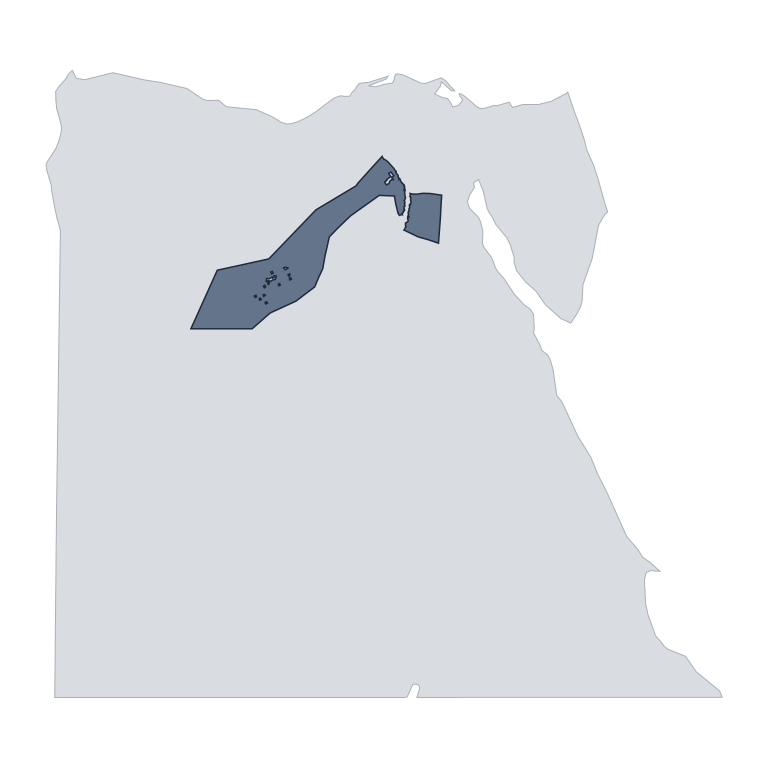 location of Zemam Out, Al Jizah, Egypt
{"feature_id": "37247803B81980397210132", "entity_name": "Zemam Out", "entity_type": "district", "adm_level": 2, "iso_a3": "EGY", "parent_name": "Egypt", "parent_adm1": "Al Jizah", "projection": "robinson", "projection_center": [30.957, 29.003], "detail": "fine", "context": "in_parent", "style": "filled", "palette": "slate", "viewbox_px": 768, "rotation_deg": 0, "n_neighbors": 0, "source": "geoboundaries", "source_scale": "gbopen_adm2", "svg_char_len": 8403}
<svg xmlns="http://www.w3.org/2000/svg" viewBox="0 0 768 768"><path d="M721.9,697.4L703.5,697.4L685.1,697.4L666.7,697.4L648.3,697.4L629.9,697.4L611.5,697.4L593.1,697.4L574.6,697.4L556.2,697.4L537.8,697.4L519.4,697.4L501.0,697.4L482.6,697.4L464.2,697.4L445.8,697.5L427.4,697.5L416.9,697.5L418.7,691.7L419.8,687.6L418.5,684.8L414.9,684.0L412.6,684.9L407.1,697.0L404.2,697.5L397.7,697.5L376.3,697.5L354.8,697.5L333.4,697.5L311.9,697.5L290.5,697.5L269.1,697.5L247.6,697.5L226.2,697.5L204.8,697.5L183.3,697.5L161.9,697.5L140.5,697.5L119.0,697.5L97.6,697.5L76.2,697.5L54.7,697.5L54.9,682.9L55.0,668.3L55.2,653.7L55.3,639.2L55.4,624.6L55.6,610.0L55.7,595.4L55.9,580.8L56.0,566.3L56.1,551.7L56.3,537.1L56.4,522.5L56.6,508.0L56.8,493.4L57.0,478.8L57.2,464.2L57.4,449.7L57.6,435.1L57.8,420.5L58.0,405.9L58.2,391.4L58.4,376.8L58.6,362.2L58.8,347.6L59.0,333.0L59.2,318.5L59.4,303.9L59.6,289.3L59.8,274.7L60.0,260.2L60.2,245.6L60.4,231.0L59.9,228.3L57.0,218.4L54.4,205.8L51.6,190.3L51.3,185.3L46.5,169.4L46.1,164.9L47.4,161.6L56.0,148.2L58.6,141.7L60.9,133.9L61.7,127.5L59.4,117.8L56.7,109.0L55.9,100.1L55.7,91.3L60.0,85.2L65.2,79.6L67.2,76.2L70.2,72.3L72.4,70.5L76.3,78.3L84.9,79.7L113.0,72.7L143.7,79.8L160.7,82.5L186.9,88.5L202.8,99.2L207.2,100.5L218.7,100.3L226.2,106.7L256.2,109.7L272.1,116.7L281.2,122.3L286.6,124.0L291.5,123.7L298.0,121.6L306.2,117.7L315.2,112.2L333.8,98.2L340.3,95.8L344.6,96.4L349.8,96.2L352.0,92.4L354.8,89.8L356.5,86.9L359.3,83.3L368.9,82.3L388.2,76.2L386.1,79.1L368.5,85.9L376.0,86.8L383.7,84.4L392.5,83.0L394.1,80.0L395.3,74.6L397.0,73.8L403.0,74.9L421.1,83.2L425.6,83.4L438.4,78.8L441.1,77.8L445.2,80.4L454.7,90.9L451.4,90.6L441.3,81.7L440.4,86.1L434.7,94.0L441.9,97.4L447.7,98.7L450.8,103.1L452.8,107.0L458.6,105.3L462.7,100.0L460.5,97.0L459.1,93.9L460.9,93.8L465.0,96.4L476.5,106.5L480.3,108.5L484.8,108.2L494.1,105.4L496.7,105.8L509.2,102.1L510.7,104.8L512.7,107.5L522.8,104.5L538.6,104.5L551.5,101.2L566.4,93.3L567.6,92.1L568.4,94.0L570.3,99.5L575.0,113.3L579.1,124.2L584.1,139.2L585.7,145.0L586.4,149.0L593.7,165.5L598.1,179.1L601.2,190.1L605.7,206.2L607.7,211.8L604.6,214.8L598.5,225.2L592.2,258.5L583.0,284.5L582.1,300.8L580.6,306.7L576.2,314.9L570.8,323.0L561.1,318.8L545.2,304.6L535.9,291.1L526.0,282.4L516.7,270.9L514.1,262.6L514.2,257.2L510.0,244.2L507.0,238.1L495.6,224.2L492.3,216.9L489.8,213.6L487.3,208.9L483.2,191.0L478.6,179.6L473.5,182.7L474.5,187.5L470.0,194.2L467.4,201.9L469.5,208.2L478.7,217.7L480.6,221.9L482.8,231.0L482.5,243.3L484.0,247.5L491.0,256.7L493.5,262.1L495.0,266.8L497.3,271.0L504.3,279.0L514.3,294.2L523.7,304.4L530.5,309.4L533.5,314.3L534.2,327.1L533.7,333.2L539.8,344.7L542.0,350.5L547.8,355.2L550.5,360.6L553.0,369.4L556.8,395.4L561.9,401.8L577.7,436.0L591.0,457.6L597.5,473.7L607.4,493.4L626.7,536.5L638.1,549.8L642.7,557.3L651.0,563.1L659.9,571.4L651.4,570.6L649.3,571.1L646.3,572.5L644.9,577.6L644.4,581.7L645.6,603.6L648.0,614.7L655.6,635.8L661.2,642.1L664.0,646.2L667.8,649.2L685.6,656.4L696.1,671.6L719.5,690.9L721.9,696.2L721.9,697.4Z" fill="#d9dde1" stroke="#a8b0b8" stroke-width="1"/><path d="M399.3,178.3L398.7,177.9L398.3,177.0L398.2,176.4L398.1,175.3L397.8,175.0L397.5,174.6L397.0,173.9L396.8,173.8L396.5,173.7L396.3,173.5L395.9,173.0L395.9,172.6L396.0,172.4L396.1,172.2L396.3,171.9L396.3,171.6L396.2,171.4L396.0,171.2L395.6,171.0L395.5,170.8L395.1,170.4L394.8,170.0L394.0,168.6L393.7,168.2L393.0,167.5L392.0,166.4L391.2,165.4L390.8,165.1L390.4,164.6L390.1,164.3L389.1,163.1L388.1,162.0L387.2,161.2L385.9,160.2L384.4,159.4L383.9,159.1L383.5,158.7L382.8,157.9L382.7,157.7L382.2,156.4L376.0,163.1L370.7,168.9L357.7,183.4L356.0,185.9L316.0,209.8L268.8,258.9L217.3,270.2L190.9,328.8L252.1,328.8L270.1,313.0L296.0,301.1L314.7,286.9L318.4,278.1L322.8,268.5L324.8,257.1L329.3,236.9L337.9,228.0L350.6,215.8L379.2,195.4L394.4,196.0L395.7,203.6L398.0,213.2L399.4,215.4L400.1,215.1L401.3,214.8L402.3,214.8L402.1,214.5L402.0,214.4L402.2,213.9L402.1,213.7L402.5,213.6L402.6,213.2L402.8,212.9L402.8,212.7L402.9,212.3L403.1,212.4L403.1,212.5L403.3,212.2L403.5,211.8L403.7,211.4L403.6,211.2L403.8,210.7L403.9,210.8L404.3,210.7L404.6,210.3L404.7,210.1L404.6,209.7L404.4,209.7L404.2,209.7L404.3,209.5L404.4,209.2L404.0,208.9L403.9,208.6L404.1,208.2L404.1,207.9L404.0,207.5L404.0,207.4L404.1,207.0L404.3,206.7L404.2,206.4L404.4,206.3L404.7,206.4L404.9,206.2L404.9,205.8L404.8,205.7L404.7,205.7L404.8,205.5L404.9,205.2L404.8,204.9L404.7,204.4L404.7,203.4L404.8,203.0L404.7,203.0L404.9,202.8L404.8,202.5L404.8,202.3L404.8,202.2L404.7,201.7L404.8,201.8L404.6,201.2L404.5,200.8L404.2,200.8L404.1,200.6L404.3,200.4L404.5,200.4L404.7,200.1L404.9,199.6L405.1,198.7L405.5,197.4L405.3,197.2L405.2,196.6L405.1,196.2L404.8,194.8L404.9,194.3L404.9,194.1L404.8,193.6L404.8,193.4L404.8,193.1L404.7,192.8L404.7,192.6L404.7,192.2L404.9,191.3L405.0,191.1L405.0,190.8L405.0,190.7L404.8,190.3L404.2,190.2L404.1,190.3L403.8,190.3L403.7,190.2L403.9,189.9L404.8,189.7L405.0,189.7L404.9,189.4L404.9,189.1L404.9,188.9L404.7,188.7L404.7,188.3L404.6,188.1L404.2,188.1L404.1,187.9L404.2,187.6L404.3,187.1L404.6,186.9L404.7,186.6L404.5,186.4L404.2,186.2L404.0,185.6L404.2,185.3L404.1,185.0L403.9,184.6L403.7,184.5L403.4,184.5L403.1,184.1L402.9,183.7L402.4,183.4L402.3,183.2L402.1,183.2L402.0,182.9L401.7,182.4L401.5,182.2L401.4,181.9L400.7,181.2L400.6,180.9L400.3,180.4L400.2,180.2L400.3,180.0L400.3,179.7L400.2,179.5L400.1,179.3L400.1,179.1L399.8,178.9L399.7,179.0L399.5,178.8L399.1,179.1L399.2,178.8L399.1,178.6L399.3,178.4L399.3,178.3ZM389.9,181.1L389.7,181.4L389.0,183.3L388.9,183.5L388.7,183.6L387.2,184.5L386.4,184.8L384.6,182.2L386.4,180.8L386.7,180.6L386.8,180.5L386.4,180.0L386.4,179.9L390.9,176.5L388.8,173.6L388.7,173.5L388.8,173.2L389.1,173.1L389.3,173.1L390.4,172.2L390.8,172.1L391.0,172.1L393.5,175.6L393.7,175.9L393.8,175.9L393.8,176.0L392.1,177.3L391.6,177.3L392.8,179.2L392.8,179.4L393.0,179.4L393.3,179.4L393.2,179.8L392.2,179.5L391.9,179.5L390.8,180.3L389.9,181.1ZM275.7,278.1L275.4,279.4L272.2,280.1L270.2,281.5L268.8,280.5L266.2,281.4L266.7,278.6L269.4,278.8L272.2,277.1L272.7,278.2L274.2,277.5L274.1,275.7L276.2,276.0L275.7,278.1ZM286.6,269.0L285.1,269.7L283.6,267.8L285.4,267.2L287.8,267.8L288.1,268.1L286.6,269.0ZM273.2,273.1L271.6,273.9L270.8,272.1L272.3,271.4L273.2,273.1ZM265.7,286.9L264.4,287.8L263.4,286.1L264.8,285.3L265.7,286.9ZM267.6,303.0L265.8,304.0L265.0,302.5L266.6,301.8L267.6,303.0ZM291.4,279.2L289.9,280.0L289.3,278.3L290.8,277.7L291.4,279.2ZM256.6,296.7L255.2,297.4L254.4,296.0L256.0,295.2L256.6,296.7ZM280.4,285.1L278.9,285.8L278.3,284.2L279.7,283.6L280.4,285.1ZM261.3,299.5L259.7,300.3L259.2,298.8L260.7,298.2L261.3,299.5ZM289.9,275.4L288.9,276.2L288.0,274.7L289.6,273.8L289.9,275.4ZM265.3,295.3L263.7,296.4L263.2,294.8L264.1,294.4L265.3,295.3ZM269.1,282.6L268.0,283.0L267.7,282.1L268.7,281.7L269.1,282.6ZM269.0,284.0L268.6,284.5L268.1,284.4L267.9,283.9L268.6,283.6L269.0,284.0ZM441.7,195.2L430.1,193.5L422.9,193.3L416.5,194.2L412.0,194.0L410.1,193.5L410.2,193.8L410.2,194.1L410.3,194.7L410.2,195.4L410.1,196.1L410.0,196.3L409.9,196.4L409.9,196.6L410.2,196.9L410.3,196.9L410.4,197.1L410.5,197.2L410.8,197.7L410.7,198.2L410.7,199.3L410.7,199.5L410.6,200.2L410.6,200.5L410.9,201.2L410.9,201.4L411.0,201.9L411.0,202.4L410.9,203.0L410.7,203.4L410.5,203.6L410.5,203.8L410.2,204.1L410.6,204.2L410.6,204.5L410.3,204.9L410.0,205.2L409.4,205.0L409.4,204.9L409.3,205.0L409.5,206.1L409.7,206.7L409.6,207.1L409.3,208.1L409.2,208.5L408.9,208.8L409.0,209.1L409.2,209.7L409.3,209.9L409.3,210.0L409.1,210.5L408.9,210.5L408.5,211.2L408.7,211.4L408.4,211.9L408.4,212.1L408.2,212.4L408.3,212.6L408.2,212.9L408.2,213.5L408.2,213.9L408.5,214.3L408.6,214.6L408.5,214.9L408.3,215.3L408.2,215.6L407.8,216.1L407.7,216.3L407.8,216.5L407.9,216.4L408.1,216.4L408.2,216.5L408.3,216.5L408.8,216.6L409.0,216.7L409.0,216.9L409.0,217.1L408.8,217.2L408.5,217.3L408.2,217.3L407.9,217.3L407.7,217.5L407.6,217.9L407.7,218.3L407.7,218.5L407.8,218.6L407.8,219.0L407.7,219.2L407.7,219.3L407.8,219.4L408.0,219.6L408.2,219.9L408.1,220.2L408.1,220.9L407.9,221.5L407.4,222.0L407.2,222.1L406.9,222.1L406.7,222.2L406.5,222.5L406.1,222.7L405.9,222.8L405.7,222.8L405.5,223.1L405.5,223.5L405.4,223.8L405.4,224.1L405.6,226.0L405.8,226.2L406.0,226.3L405.9,226.7L405.7,227.0L405.5,227.3L405.2,227.9L405.0,228.2L404.5,229.1L404.4,229.4L404.2,229.9L404.0,230.1L418.2,236.9L427.5,239.5L438.5,243.2L440.4,217.9L441.1,203.6L441.7,195.2Z" fill="#64748b" stroke="#1e293b" stroke-width="1.5"/></svg>